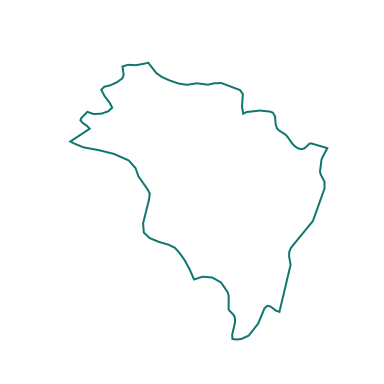 SVG path tracing the border of Bergamo, rotated 117°
{"feature_id": "ITA-5443", "entity_name": "Bergamo", "entity_type": "Province", "adm_level": 1, "iso_a3": "ITA", "parent_name": "Italy", "parent_adm1": "", "projection": "mercator", "projection_center": [9.798, 45.758], "detail": "fine", "context": "isolated", "style": "outline", "palette": "teal", "viewbox_px": 384, "rotation_deg": 117, "n_neighbors": 0, "source": "natural_earth", "source_scale": "10m", "svg_char_len": 1458}
<svg xmlns="http://www.w3.org/2000/svg" viewBox="0 0 384 384"><g transform="rotate(117 192 192)"><path d="M279.2,73.3L294.3,76.3L300.5,81.3L303.1,85.1L304.6,89.2L301.0,91.4L288.9,94.4L285.4,96.1L283.8,97.5L282.5,99.4L280.8,104.6L279.9,106.1L268.0,112.1L265.1,114.7L259.4,125.1L259.0,135.2L262.7,144.1L269.0,150.5L261.9,159.1L256.9,166.4L256.0,167.8L251.9,175.6L249.5,181.9L249.6,189.0L251.5,198.9L252.3,208.9L250.0,216.5L242.3,221.3L224.5,225.4L218.9,226.7L212.6,228.9L209.7,233.0L202.4,246.8L196.4,253.1L192.6,262.8L193.5,278.8L197.1,294.3L201.5,309.1L202.3,319.5L202.2,323.0L202.2,323.3L182.1,311.9L180.8,315.5L180.1,320.5L178.9,323.9L176.8,324.3L168.1,321.6L167.2,315.1L163.5,308.5L158.3,303.4L153.1,301.4L150.2,305.3L146.4,313.2L142.1,319.3L138.0,317.9L133.9,313.1L128.0,308.5L122.2,305.6L118.4,306.2L111.8,310.9L107.8,306.9L104.4,299.4L99.7,293.3L96.7,289.6L102.2,277.9L103.2,271.1L102.8,262.5L101.4,253.1L98.8,245.2L92.9,236.9L89.1,226.4L85.2,221.8L81.6,215.3L79.4,195.4L81.7,191.1L93.3,186.2L99.0,181.9L96.0,179.7L88.5,168.3L85.0,159.1L84.6,156.0L86.8,152.4L93.9,148.1L96.7,145.2L97.6,142.8L98.4,134.9L99.3,132.3L103.2,125.0L104.5,121.3L105.0,117.7L104.3,114.3L102.1,111.6L95.7,109.3L94.6,107.9L91.5,91.4L101.3,91.5L104.4,91.3L115.8,87.2L118.0,85.2L122.7,78.6L128.7,75.5L162.9,71.1L196.8,78.5L201.4,78.1L205.2,76.3L212.1,71.1L259.1,59.7L259.6,63.2L258.4,70.0L259.2,73.2L262.7,74.6L279.2,73.3Z" fill="none" stroke="#0f766e" stroke-width="2"/></g></svg>